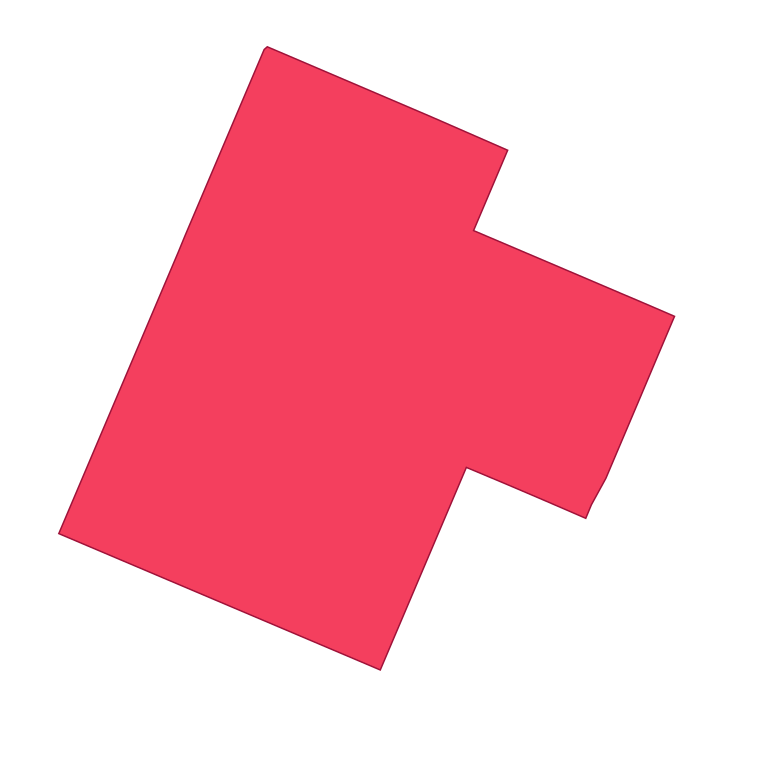 Creek, Oklahoma, United States of America (Natural Earth projection), rotated 23°
{"feature_id": "52423323B90681107174232", "entity_name": "Creek", "entity_type": "district", "adm_level": 2, "iso_a3": "USA", "parent_name": "United States of America", "parent_adm1": "Oklahoma", "projection": "natural_earth1", "projection_center": [-96.229, 35.901], "detail": "fine", "context": "isolated", "style": "filled", "palette": "rose", "viewbox_px": 768, "rotation_deg": 23, "n_neighbors": 0, "source": "geoboundaries", "source_scale": "gbopen_adm2", "svg_char_len": 458}
<svg xmlns="http://www.w3.org/2000/svg" viewBox="0 0 768 768"><g transform="rotate(23 384 384)"><path d="M492.3,648.7L492.4,428.6L533.8,428.4L579.0,428.5L622.2,428.8L622.1,414.1L625.1,384.1L625.1,340.1L625.1,296.0L625.0,252.0L625.0,237.5L625.0,208.2L588.7,208.0L566.7,208.0L505.5,207.9L406.5,207.8L406.5,120.5L322.7,119.6L144.8,119.2L143.0,122.9L142.9,325.5L143.1,343.3L143.1,648.8L492.3,648.7Z" fill="#f43f5e" stroke="#9f1239" stroke-width="1.5"/></g></svg>